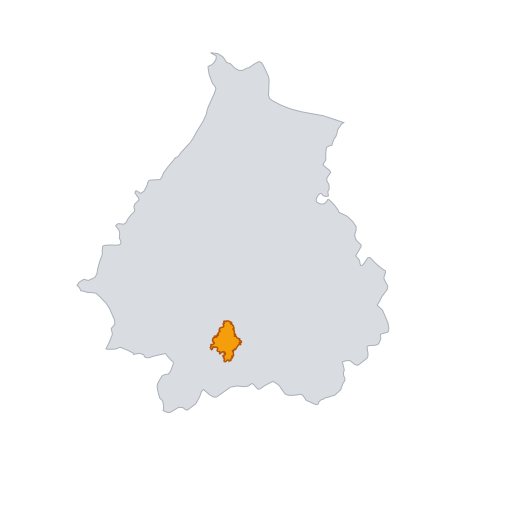 Mogilev, Mogilev, Belarus shown in context, rotated 114°
{"feature_id": "67162791B13586571917215", "entity_name": "Mogilev", "entity_type": "district", "adm_level": 2, "iso_a3": "BLR", "parent_name": "Belarus", "parent_adm1": "Mogilev", "projection": "albers", "projection_center": [30.317, 53.845], "detail": "fine", "context": "in_parent", "style": "filled", "palette": "amber", "viewbox_px": 512, "rotation_deg": 114, "n_neighbors": 0, "source": "geoboundaries", "source_scale": "gbopen_adm2", "svg_char_len": 9362}
<svg xmlns="http://www.w3.org/2000/svg" viewBox="0 0 512 512"><g transform="rotate(114 256 256)"><path d="M401.8,355.3L394.6,355.0L385.9,355.3L381.1,358.8L375.8,357.2L372.1,359.1L363.5,368.5L360.2,373.6L357.0,381.3L355.1,387.0L356.2,391.1L357.8,394.8L358.2,398.8L359.0,401.9L356.9,404.2L355.6,407.5L351.9,407.0L347.4,403.8L346.5,399.2L343.0,396.0L340.8,394.4L337.0,394.1L331.1,395.6L323.2,396.7L317.3,396.9L314.1,398.5L309.3,400.0L307.5,398.1L304.9,392.9L302.8,387.7L301.4,385.4L300.1,384.7L298.5,384.8L296.7,386.4L295.3,388.1L290.3,389.9L288.1,391.7L285.6,396.4L284.0,396.1L282.4,394.9L280.7,389.6L278.1,388.3L274.0,388.1L268.9,386.8L264.8,385.1L263.3,385.5L260.7,387.6L258.0,387.9L252.3,385.7L251.1,386.5L247.5,392.3L245.9,392.5L245.0,391.7L245.7,386.7L242.4,384.7L236.7,384.2L232.6,384.8L230.7,384.5L229.7,383.5L225.2,374.7L222.6,374.0L217.9,374.3L211.1,372.9L203.3,370.6L199.0,369.6L196.9,367.6L192.0,366.6L179.2,362.3L173.9,361.3L166.1,360.7L154.2,359.1L146.6,359.0L143.0,359.9L138.8,360.3L124.6,360.2L119.4,360.7L117.8,362.4L115.8,366.2L109.4,372.5L103.3,376.5L102.2,376.8L99.1,374.1L96.4,373.0L93.2,372.5L90.8,373.0L89.3,374.0L89.0,379.3L88.6,379.7L86.7,373.2L87.4,367.6L89.1,364.6L91.1,361.8L90.8,357.4L93.0,351.8L93.4,347.7L92.9,345.8L91.7,343.6L88.3,341.0L86.8,339.0L82.1,336.2L77.5,332.7L76.9,330.8L77.2,329.5L78.3,327.7L82.6,322.5L87.1,317.5L89.9,315.6L104.2,309.9L106.6,307.7L107.5,303.7L108.0,295.3L107.8,287.7L107.3,282.4L105.6,272.4L100.5,251.5L98.4,230.1L100.9,231.6L107.2,232.7L112.4,231.7L115.0,231.7L117.3,232.4L124.0,231.8L125.5,233.8L128.3,235.8L134.4,233.8L139.8,231.3L145.1,232.1L146.0,230.7L147.9,223.3L149.6,221.8L155.9,223.0L158.4,221.9L161.1,218.4L165.0,216.4L168.1,216.6L171.6,214.3L173.1,216.1L173.6,219.2L172.4,221.6L172.8,222.6L175.0,224.0L178.9,224.2L181.4,223.3L182.1,222.0L182.3,219.4L181.8,217.0L180.3,214.8L177.3,213.6L175.1,213.4L174.9,212.1L175.8,209.3L178.0,204.3L180.6,199.8L182.2,198.1L182.5,196.5L182.4,193.7L182.7,188.6L185.2,181.7L188.4,176.5L192.2,175.0L196.8,174.4L199.9,172.0L201.5,169.2L203.0,164.7L204.5,163.8L215.4,165.0L217.3,160.5L218.3,159.3L220.5,158.1L222.0,156.5L221.5,155.2L218.8,154.3L212.3,153.2L211.0,151.6L211.6,149.8L213.5,145.2L215.5,139.2L216.6,134.6L216.9,131.8L217.8,131.1L223.2,130.5L225.0,129.6L229.8,123.5L233.3,122.5L242.2,124.6L246.3,124.6L251.5,125.3L251.9,124.6L254.0,118.4L263.2,108.5L268.0,105.2L271.0,104.5L272.0,104.7L276.5,110.2L277.6,110.4L280.8,108.3L286.3,108.2L288.7,110.2L292.2,116.8L294.0,117.6L299.4,114.1L302.3,112.9L304.3,113.0L314.1,118.2L314.8,119.9L314.9,121.8L313.3,127.8L315.3,131.5L317.7,134.0L322.9,129.9L324.8,128.8L326.9,128.8L329.6,127.3L331.7,125.0L333.6,124.2L337.3,124.8L343.9,124.2L351.7,127.8L352.3,129.0L356.2,133.2L357.6,135.3L358.9,135.9L360.9,138.0L363.7,139.3L365.6,138.9L366.6,139.5L367.4,141.2L367.5,143.9L367.3,151.8L364.5,156.0L364.2,157.5L364.3,159.2L366.6,162.6L369.5,167.9L370.2,171.0L370.2,173.3L366.3,180.1L365.0,181.7L364.2,185.1L363.7,188.5L364.0,189.9L370.7,195.2L375.6,198.1L376.7,199.5L376.8,200.4L374.3,206.2L374.0,207.8L378.0,210.2L380.3,213.9L382.3,220.1L386.1,225.9L400.4,234.4L401.6,235.9L402.1,237.7L401.7,241.8L399.3,249.6L401.8,250.7L408.0,250.2L415.7,251.0L424.9,256.2L425.0,258.6L424.2,260.9L424.9,263.2L425.9,265.2L434.1,271.1L434.9,272.8L435.1,275.8L435.0,278.0L432.8,278.5L430.4,279.6L426.4,282.3L425.0,286.1L418.6,291.3L414.6,293.7L411.4,293.9L403.7,293.1L401.0,290.6L399.8,288.3L396.9,287.3L393.0,287.3L387.6,287.8L386.5,288.5L385.7,291.4L383.5,296.2L381.9,299.0L388.9,308.5L392.4,312.3L393.5,314.7L393.5,316.4L391.9,318.5L392.2,322.6L395.7,327.9L394.6,328.7L394.3,335.3L394.5,342.4L395.4,344.0L397.3,345.4L398.9,347.9L401.6,353.8L401.8,355.3Z" fill="#d9dde1" stroke="#a8b0b8" stroke-width="1"/><path d="M359.0,259.5L359.0,259.4L359.2,259.2L359.4,259.0L359.6,258.7L359.7,258.4L359.3,258.2L358.9,258.1L358.4,258.1L357.7,258.0L357.1,258.1L356.8,258.2L356.5,258.3L356.3,258.2L356.2,257.9L356.2,257.6L356.2,257.4L356.3,257.1L356.3,256.6L356.2,256.3L356.0,256.2L355.5,255.8L355.4,255.5L355.4,255.2L355.4,254.8L355.4,254.5L355.5,254.1L355.6,253.8L355.8,253.5L356.1,253.3L356.3,253.3L356.7,253.3L357.2,253.3L357.6,253.3L358.0,253.1L358.3,252.9L358.5,252.6L358.6,252.2L358.4,251.1L358.3,250.8L358.2,250.3L358.2,250.0L358.2,249.7L358.5,249.5L358.8,249.4L359.2,249.6L359.3,249.8L359.5,249.8L359.8,249.7L360.0,249.5L360.0,249.2L359.8,248.9L359.1,248.7L358.8,248.6L358.3,248.3L357.8,248.0L357.1,247.5L356.8,247.3L356.7,247.1L356.8,246.8L356.8,246.6L356.8,246.4L356.6,246.1L356.5,245.9L356.7,245.6L356.9,245.6L357.2,245.6L357.5,245.7L357.8,245.6L357.8,245.3L357.6,245.2L357.4,245.0L357.2,244.8L357.2,244.5L357.4,244.3L357.7,244.2L358.0,244.1L358.5,244.2L358.8,244.2L358.9,244.3L359.1,244.5L359.4,244.5L359.7,244.5L359.9,244.5L360.1,244.6L360.2,244.8L360.1,245.1L360.0,245.3L360.0,245.5L360.3,245.7L360.8,245.6L360.9,245.4L360.9,244.9L361.0,244.8L361.1,244.7L361.4,244.5L361.9,244.4L362.0,244.4L362.3,244.3L362.3,243.8L362.3,243.5L362.4,243.3L362.6,243.0L362.8,242.9L363.4,242.9L363.6,242.9L364.1,242.7L364.7,242.6L365.0,242.4L365.2,242.1L365.2,241.7L365.2,241.3L365.1,241.1L364.9,240.9L364.6,240.7L364.4,240.5L363.8,240.4L363.2,240.1L362.8,239.9L362.6,239.7L362.4,239.4L362.3,239.0L362.3,238.8L362.5,238.6L362.6,238.3L363.0,237.9L362.7,237.8L362.6,237.7L362.3,237.5L362.1,237.2L362.0,236.9L361.8,236.5L361.5,236.5L361.2,236.6L361.1,236.9L360.9,237.1L360.7,237.2L360.3,237.1L359.8,236.7L359.5,236.4L359.2,236.3L358.9,236.3L358.6,236.4L358.5,236.6L358.3,236.7L358.2,236.6L357.9,236.3L357.6,236.3L357.5,236.5L357.6,237.0L357.3,237.3L357.1,237.2L356.9,236.7L356.8,236.4L356.6,236.1L356.3,236.1L356.1,236.1L355.4,236.4L355.0,236.7L354.6,236.9L353.5,237.4L353.0,237.8L352.7,238.2L352.6,238.3L352.2,238.9L351.9,239.0L351.8,238.9L351.8,238.5L351.8,238.0L351.7,237.8L351.2,237.8L350.9,237.9L350.3,237.9L349.8,237.8L349.7,237.7L349.9,237.5L349.9,237.3L349.9,237.0L349.8,236.7L349.6,236.6L349.1,236.6L348.6,236.7L348.1,236.6L347.7,236.6L347.1,236.4L346.4,236.2L344.6,235.9L343.9,235.7L343.7,235.4L343.5,235.1L343.5,234.5L343.2,234.1L342.8,234.1L342.6,234.6L342.7,234.9L342.7,235.2L342.6,235.5L342.2,235.9L342.0,236.0L341.7,235.8L341.8,235.7L342.1,235.3L342.1,235.1L342.0,234.8L341.8,234.8L341.5,234.8L341.3,234.8L341.1,234.6L340.9,234.4L340.6,234.2L340.4,234.3L340.2,234.6L340.1,234.8L339.8,235.1L339.7,235.2L339.7,235.5L339.7,235.8L339.8,236.0L340.0,236.3L339.9,236.5L339.7,236.7L339.4,236.8L339.2,237.0L338.8,237.1L338.7,237.1L338.3,237.2L338.3,237.5L338.4,237.8L338.7,238.1L338.8,238.3L338.6,238.6L338.4,238.9L338.5,239.7L338.4,240.1L338.3,240.4L338.0,240.8L337.7,241.1L337.4,241.5L337.3,241.8L337.4,242.1L337.5,242.3L337.8,242.5L338.0,242.7L338.1,243.0L337.9,243.2L337.7,243.2L337.4,242.9L337.1,242.7L336.8,242.7L336.6,242.7L336.1,242.8L336.0,243.1L336.1,243.3L336.2,243.5L336.2,243.8L336.2,244.0L335.9,244.1L335.6,244.2L335.4,244.2L335.2,244.2L335.0,244.3L334.9,244.4L334.5,244.7L334.1,245.1L333.9,245.2L333.5,245.4L333.3,245.5L333.0,245.5L332.9,245.7L332.7,246.0L332.4,246.5L332.4,246.8L332.4,247.0L332.1,247.2L331.9,247.2L331.9,247.3L331.7,247.4L331.4,247.3L331.5,246.9L331.4,246.6L331.1,246.7L330.9,246.8L330.6,247.1L330.2,247.3L329.9,247.6L329.6,247.9L329.1,248.4L328.8,248.7L328.8,249.1L328.6,249.4L328.4,249.6L328.4,249.8L328.4,250.0L328.4,250.3L328.4,250.5L328.2,251.4L328.1,251.7L327.9,251.7L327.6,251.6L327.5,251.3L327.4,251.1L327.3,250.9L327.1,250.9L326.9,251.0L326.8,251.4L326.7,251.9L326.6,252.2L326.6,252.5L326.6,252.9L326.8,253.1L326.8,253.5L326.8,253.8L326.6,254.0L326.5,254.4L326.8,255.3L327.0,255.7L327.1,256.1L327.3,256.4L327.4,256.6L327.8,256.6L328.0,256.6L328.2,257.0L328.2,257.3L328.2,257.6L328.2,257.8L328.2,258.1L328.3,258.3L328.5,258.6L328.7,258.8L328.9,258.8L329.1,258.7L329.2,258.3L329.3,258.2L329.5,258.2L330.0,258.0L330.3,257.7L330.5,257.6L330.8,257.8L330.8,258.4L331.0,258.5L331.2,258.4L331.4,258.3L331.5,258.2L331.8,258.0L332.1,257.8L332.3,257.7L332.7,257.2L333.0,257.0L333.3,256.9L333.5,256.9L333.8,256.9L334.4,257.5L335.1,258.1L335.4,258.6L335.9,259.0L336.3,259.4L336.5,259.6L336.7,259.8L336.8,259.8L337.0,259.7L337.3,259.5L337.9,259.6L338.3,259.6L338.7,259.5L338.9,259.4L339.0,259.3L339.1,259.1L339.2,258.9L339.2,258.5L339.2,258.3L339.3,258.2L339.5,258.2L339.7,258.3L340.0,258.6L340.3,258.8L340.5,258.9L340.8,259.0L341.1,259.0L341.5,258.9L341.9,259.0L342.1,259.3L342.5,259.4L342.8,259.3L343.0,259.0L343.2,258.7L343.3,258.5L343.7,258.2L343.9,258.3L344.1,258.5L344.0,258.8L343.9,259.0L343.9,259.3L344.1,259.5L344.6,259.4L344.8,259.1L345.0,259.1L345.4,259.1L345.6,259.0L345.8,258.9L346.0,258.9L346.3,259.2L346.4,259.5L346.5,259.7L346.2,260.2L346.0,260.4L345.7,260.5L345.9,261.2L346.0,261.3L346.4,261.3L346.6,261.2L346.9,261.1L347.1,261.0L347.2,260.8L347.4,260.7L347.6,260.8L347.7,261.0L347.8,261.3L348.0,261.7L348.3,261.8L348.8,261.7L349.3,261.7L349.7,261.7L350.1,261.7L350.5,261.6L350.6,261.4L350.7,261.2L350.8,260.8L351.1,260.8L351.6,260.8L351.8,260.7L351.9,260.3L352.0,260.0L352.1,259.6L352.2,259.1L352.3,258.8L352.7,258.6L352.9,258.6L353.1,258.8L353.3,258.9L353.5,259.0L353.8,259.1L354.2,259.2L354.6,259.6L354.8,260.2L354.9,260.5L355.0,260.9L355.3,261.1L355.6,261.1L355.8,260.9L356.0,260.8L356.1,260.6L356.3,260.5L356.7,260.4L357.1,260.4L357.3,260.5L357.5,260.5L357.8,260.6L358.0,260.6L358.3,260.4L358.3,260.1L358.4,259.8L358.6,259.6L359.0,259.5Z" fill="#f59e0b" stroke="#b45309" stroke-width="1.5"/></g></svg>